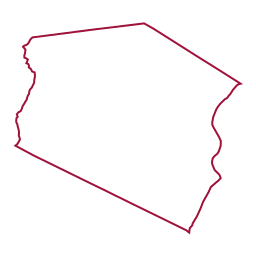 Brejo, Maranhão, Brazil
{"feature_id": "56859067B28749086860220", "entity_name": "Brejo", "entity_type": "district", "adm_level": 2, "iso_a3": "BRA", "parent_name": "Brazil", "parent_adm1": "Maranhão", "projection": "mercator", "projection_center": [-42.859, -3.707], "detail": "fine", "context": "isolated", "style": "outline", "palette": "rose", "viewbox_px": 256, "rotation_deg": 0, "n_neighbors": 0, "source": "geoboundaries", "source_scale": "gbopen_adm2", "svg_char_len": 1442}
<svg xmlns="http://www.w3.org/2000/svg" viewBox="0 0 256 256"><path d="M15.4,145.7L33.3,155.3L90.4,183.3L106.7,191.2L113.3,194.5L116.0,195.9L118.2,196.9L134.4,204.9L141.0,208.1L150.4,212.7L180.0,227.2L186.3,230.3L189.2,232.6L189.8,228.1L192.2,225.4L192.7,223.4L196.9,216.4L200.7,208.1L203.1,201.8L208.8,191.7L210.8,187.1L216.2,182.4L218.5,180.5L220.7,178.1L219.6,175.1L218.1,173.4L214.7,170.1L212.5,164.9L212.0,162.8L212.2,160.5L212.9,158.0L215.0,155.6L217.2,153.9L218.8,151.4L220.7,145.6L220.8,141.0L219.2,137.3L213.7,127.7L212.4,125.0L212.2,122.8L212.6,120.4L213.2,117.1L216.1,109.8L217.8,106.9L220.4,103.6L224.9,99.2L227.0,98.1L228.9,95.5L230.3,94.1L232.9,89.9L236.9,85.3L238.7,84.2L240.6,83.7L226.9,75.0L215.2,67.6L195.8,55.5L187.0,49.9L153.8,28.9L144.1,23.4L92.1,29.7L32.5,37.4L31.2,38.6L30.1,39.9L29.4,41.4L28.1,43.6L26.2,45.1L24.3,45.6L23.0,46.8L24.3,48.2L25.4,49.5L25.3,51.2L24.9,53.5L24.3,55.6L24.4,57.6L26.1,58.3L27.8,59.5L27.2,61.4L26.4,63.2L28.2,64.0L29.0,65.6L28.8,67.4L30.9,69.0L32.1,71.5L34.6,72.4L34.9,74.4L34.9,77.0L34.2,80.1L34.2,82.6L33.2,84.6L31.8,87.6L29.9,89.7L29.3,91.6L28.9,94.1L27.9,95.5L27.2,97.5L26.5,100.1L25.4,101.5L24.6,103.1L23.7,104.5L22.5,106.5L21.9,108.5L20.7,111.1L18.4,112.3L16.8,114.3L17.7,116.8L16.5,118.0L16.2,120.5L16.4,122.6L17.3,124.1L17.6,126.0L18.3,128.4L18.9,131.0L19.0,133.0L18.8,135.4L19.5,137.4L19.9,139.6L18.8,141.7L17.3,144.1L15.4,145.7Z" fill="none" stroke="#9f1239" stroke-width="2"/></svg>